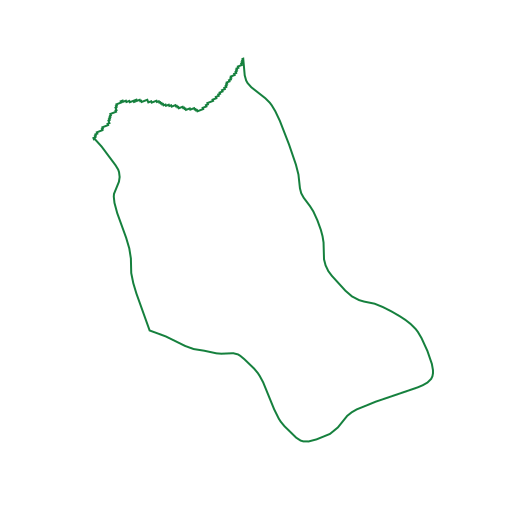 outline of Nizao, Peravia, Dominican Republic, rotated 159°
{"feature_id": "3306468B29569237091860", "entity_name": "Nizao", "entity_type": "district", "adm_level": 2, "iso_a3": "DOM", "parent_name": "Dominican Republic", "parent_adm1": "Peravia", "projection": "equal_earth", "projection_center": [-70.205, 18.267], "detail": "fine", "context": "isolated", "style": "outline", "palette": "green", "viewbox_px": 512, "rotation_deg": 159, "n_neighbors": 0, "source": "geoboundaries", "source_scale": "gbopen_adm2", "svg_char_len": 3048}
<svg xmlns="http://www.w3.org/2000/svg" viewBox="0 0 512 512"><g transform="rotate(159 256 256)"><path d="M197.2,444.8L197.9,444.8L197.9,443.5L198.9,443.5L198.9,442.1L199.9,442.1L199.9,440.8L200.9,440.8L200.9,439.4L205.0,439.4L205.0,438.0L207.0,438.0L207.0,436.6L208.0,436.6L208.0,435.3L209.0,435.3L209.0,433.9L211.1,433.9L211.1,432.6L215.2,432.6L215.2,431.2L216.2,431.2L216.2,429.8L218.2,429.8L218.2,428.5L221.2,428.5L221.2,427.1L222.3,427.1L222.3,425.7L223.3,425.7L223.3,424.4L225.3,424.4L225.3,423.0L228.3,423.0L228.3,421.6L231.4,421.6L231.4,420.3L233.4,420.3L233.4,418.9L236.5,418.9L236.5,417.5L240.5,417.5L240.5,416.2L246.6,416.2L246.6,414.8L248.7,414.8L248.7,413.4L252.7,413.4L252.7,412.1L258.8,412.1L258.8,413.4L259.8,413.4L259.8,414.8L260.8,414.8L260.8,416.2L264.9,416.2L264.9,417.5L269.0,417.5L269.0,418.9L270.0,418.9L270.0,420.3L271.0,420.3L271.0,421.6L275.1,421.6L275.1,423.0L276.1,423.0L276.1,424.4L277.1,424.4L277.1,425.7L281.2,425.7L281.2,427.1L283.2,427.1L283.2,428.5L286.2,428.5L286.2,429.8L288.3,429.8L288.3,431.2L289.3,431.2L289.3,432.6L290.3,432.6L290.3,433.9L291.3,433.9L291.3,435.3L293.3,435.3L293.3,436.6L298.4,436.6L298.4,438.0L301.5,438.0L301.5,440.8L307.6,440.8L307.6,442.1L308.6,442.1L308.6,443.5L311.6,443.5L311.6,444.8L313.7,444.8L313.7,443.5L314.7,443.5L314.7,444.8L318.7,444.8L318.7,446.2L321.8,446.2L321.8,447.6L324.8,447.6L324.8,448.9L325.4,448.9L326.9,448.9L326.9,448.4L326.9,447.6L328.7,447.6L332.0,447.6L332.0,446.2L333.0,446.2L333.0,444.8L334.0,444.8L334.0,444.1L334.0,442.1L335.0,442.1L335.0,440.8L339.2,440.8L341.1,440.8L341.1,439.8L341.1,439.4L341.7,439.4L342.1,439.2L342.1,438.0L343.1,438.0L343.1,436.6L344.1,436.6L344.1,435.3L345.2,435.3L345.2,432.6L347.2,432.6L347.2,431.2L353.3,431.2L353.3,429.8L354.3,429.8L354.3,428.5L357.6,428.5L360.3,428.5L360.3,427.1L362.4,427.1L362.4,425.7L363.4,425.7L363.4,424.4L365.5,424.4L365.5,423.0L364.6,423.0L360.9,413.4L354.6,391.0L353.7,386.0L353.8,383.4L355.0,378.6L357.3,374.5L366.3,364.9L367.5,362.4L369.1,356.3L370.2,345.8L370.7,319.5L371.6,308.4L373.7,298.5L378.6,284.8L380.3,274.6L381.1,263.9L382.0,224.6L369.0,213.2L354.4,197.4L347.6,191.5L338.4,186.2L327.8,179.3L323.4,177.2L312.1,173.4L308.1,170.6L306.5,168.5L303.9,163.9L298.1,151.5L296.2,145.9L295.5,142.5L294.6,135.5L294.0,106.5L293.0,95.9L292.3,92.5L290.4,86.8L283.6,72.0L280.5,67.7L278.3,66.0L273.3,64.0L265.2,63.1L250.7,63.4L241.0,66.6L228.1,74.1L222.6,75.8L216.9,76.7L196.4,77.1L152.0,75.4L146.6,75.6L141.3,76.4L136.5,78.5L134.4,80.5L132.8,83.1L131.7,86.0L130.5,92.2L130.0,105.9L130.9,120.1L132.1,127.2L133.1,130.6L135.9,136.9L139.3,142.6L143.1,147.9L149.3,155.6L155.7,162.7L162.4,169.0L171.4,174.7L175.6,177.9L180.9,183.9L185.0,191.6L192.3,210.3L193.9,216.0L194.4,222.3L193.7,228.5L188.1,244.4L186.8,250.6L186.1,257.1L185.9,267.2L186.5,277.0L187.7,283.1L190.6,293.3L191.3,298.4L190.7,303.5L187.2,316.8L186.0,326.9L185.2,348.3L185.3,373.6L186.1,384.2L187.3,391.0L188.2,394.2L190.8,400.0L199.9,415.2L201.9,420.5L202.3,423.4L201.8,428.7L197.2,444.8Z" fill="none" stroke="#15803d" stroke-width="2"/></g></svg>